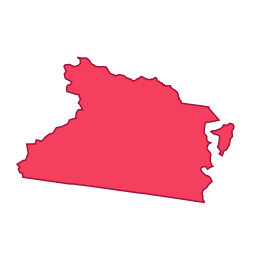 outline of King, Washington, United States of America, rotated 188°
{"feature_id": "52423323B35530413742416", "entity_name": "King", "entity_type": "district", "adm_level": 2, "iso_a3": "USA", "parent_name": "United States of America", "parent_adm1": "Washington", "projection": "natural_earth1", "projection_center": [-121.9, 47.433], "detail": "fine", "context": "isolated", "style": "filled", "palette": "rose", "viewbox_px": 256, "rotation_deg": 188, "n_neighbors": 0, "source": "geoboundaries", "source_scale": "gbopen_adm2", "svg_char_len": 3788}
<svg xmlns="http://www.w3.org/2000/svg" viewBox="0 0 256 256"><g transform="rotate(188 128 128)"><path d="M188.1,191.1L184.9,189.2L184.1,185.5L186.1,182.8L190.3,181.2L194.5,182.8L199.1,181.7L199.9,179.9L197.0,175.2L198.6,172.8L197.0,168.3L190.2,166.0L190.8,163.1L193.8,161.9L194.4,159.5L193.6,155.7L183.5,154.1L181.2,154.2L180.4,151.3L178.8,150.7L180.7,145.9L178.7,144.3L175.6,139.8L179.7,139.1L181.3,135.9L181.2,130.2L183.5,129.5L187.2,127.7L188.1,124.0L193.9,120.0L199.0,118.3L201.7,112.3L204.6,111.4L208.6,107.6L211.3,103.0L217.1,103.5L217.7,99.3L226.1,98.0L223.2,89.1L224.9,81.9L227.2,81.3L232.8,76.7L229.8,74.0L230.9,72.1L228.8,68.6L226.4,68.6L225.2,64.6L177.0,64.5L176.9,64.9L158.5,65.2L109.4,65.2L100.2,65.5L95.7,65.4L75.1,65.3L66.4,65.2L64.1,65.2L60.2,65.1L56.4,65.1L53.5,65.1L52.1,65.0L42.3,65.0L42.5,66.0L44.6,68.5L44.2,70.3L45.6,73.9L45.1,76.2L44.8,77.0L44.5,77.5L42.7,78.9L41.2,81.1L40.6,82.8L37.4,86.7L39.6,90.2L41.1,91.3L42.6,91.8L43.7,91.7L46.3,93.0L49.6,95.8L49.7,96.0L50.3,97.6L49.8,99.1L49.6,99.2L47.7,100.2L45.9,100.5L45.2,100.2L43.5,98.2L41.4,100.4L38.6,101.8L40.2,103.1L41.9,106.6L42.5,111.2L42.1,112.9L43.5,115.3L46.6,117.8L47.2,119.1L46.2,123.2L44.0,124.8L46.3,125.3L47.1,125.7L48.0,126.3L48.6,128.4L48.6,129.8L49.1,131.1L50.9,132.4L51.9,133.9L52.2,135.5L52.3,140.4L52.4,143.4L50.6,144.7L46.7,145.7L38.9,148.5L50.9,159.0L50.9,160.0L51.4,160.0L56.6,160.1L66.0,160.0L66.5,160.0L68.0,160.0L70.6,160.0L75.3,160.0L78.3,160.1L79.0,160.4L79.2,160.8L79.2,161.2L79.2,161.9L79.6,162.4L80.6,163.0L81.1,163.2L81.3,163.9L81.1,164.2L81.2,164.7L81.5,164.8L81.9,164.9L82.4,165.5L82.3,166.0L82.4,166.6L82.7,167.2L82.8,168.0L83.4,168.9L84.1,169.9L84.9,170.6L85.4,171.2L86.4,171.6L87.6,172.4L89.0,172.8L89.9,173.1L90.3,173.8L91.2,174.4L91.5,175.2L92.0,175.7L92.7,175.7L93.1,175.5L94.0,175.3L94.8,175.1L95.9,175.3L96.9,175.0L97.8,175.3L98.0,175.8L99.0,175.9L99.3,175.6L99.9,175.9L99.9,176.2L100.1,176.9L100.7,177.3L101.2,177.0L101.9,177.1L102.7,177.6L103.0,178.1L103.9,178.6L104.6,178.4L105.9,178.9L106.2,180.7L107.5,181.6L108.1,181.8L108.9,181.2L109.3,180.6L109.9,179.8L111.3,179.7L112.2,179.4L112.8,179.0L114.0,178.8L115.3,179.1L116.5,179.0L116.8,179.3L117.6,179.5L118.0,179.3L118.7,179.3L118.9,179.8L119.5,180.2L119.9,180.1L120.9,180.5L121.5,180.8L122.4,180.7L122.7,180.3L123.1,179.6L124.0,179.0L124.9,178.1L125.9,177.8L126.2,177.1L127.0,176.5L127.9,176.0L128.5,175.5L128.9,175.5L129.5,175.5L130.3,175.6L130.9,175.7L131.5,176.7L132.3,176.8L133.2,176.5L133.9,176.9L134.5,177.2L135.3,177.4L135.6,177.2L136.0,177.1L136.2,177.4L137.6,178.1L138.3,178.6L139.1,179.3L140.1,179.4L141.7,179.4L142.8,179.5L143.9,179.7L144.5,179.6L145.2,179.0L145.9,178.7L146.7,178.5L147.0,178.1L147.6,177.8L148.0,178.1L148.7,178.4L149.4,178.7L150.2,178.7L151.2,179.1L151.9,179.1L152.5,179.3L153.0,179.5L153.7,180.2L154.0,180.7L154.8,180.9L155.4,181.9L156.0,182.8L156.7,183.6L157.2,184.3L157.4,184.8L158.0,185.0L158.8,185.3L159.2,185.4L159.8,185.2L160.2,185.1L160.9,185.3L161.6,185.2L162.2,185.2L162.7,184.9L163.4,184.7L164.5,184.6L165.2,184.7L166.2,184.4L167.3,184.4L168.0,184.6L168.8,184.6L169.5,184.7L169.9,185.2L170.2,185.5L171.1,185.7L171.6,185.9L171.9,185.8L172.4,185.9L172.6,186.2L173.1,186.7L173.7,187.0L174.0,187.3L174.3,187.9L174.6,188.4L175.4,189.1L176.2,189.8L177.3,190.7L178.3,191.1L178.8,191.5L180.5,191.3L181.9,191.1L182.9,190.7L183.6,190.5L184.5,190.9L186.3,190.8L187.8,191.0L188.1,191.1ZM23.5,141.5L23.2,143.9L24.5,146.2L26.5,146.6L28.2,146.7L28.5,145.8L31.6,144.1L33.3,144.5L33.8,144.3L34.6,142.2L36.1,140.3L41.3,137.4L44.7,136.7L45.4,136.0L42.3,134.1L37.7,133.6L36.2,132.6L35.9,130.9L36.0,123.3L36.8,121.8L33.0,118.1L33.0,116.9L34.1,115.1L30.9,113.7L29.8,118.8L27.6,120.1L25.4,125.0L25.1,131.4L23.4,134.2L24.7,139.7L23.5,141.5Z" fill="#f43f5e" stroke="#9f1239" stroke-width="1.5"/></g></svg>